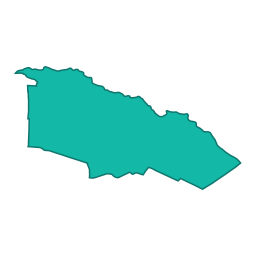 Fratautii Vechi, Suceava, Romania
{"feature_id": "2599482B91718162891517", "entity_name": "Fratautii Vechi", "entity_type": "district", "adm_level": 2, "iso_a3": "ROU", "parent_name": "Romania", "parent_adm1": "Suceava", "projection": "robinson", "projection_center": [25.9, 47.896], "detail": "fine", "context": "isolated", "style": "filled", "palette": "teal", "viewbox_px": 256, "rotation_deg": 0, "n_neighbors": 0, "source": "geoboundaries", "source_scale": "gbopen_adm2", "svg_char_len": 5568}
<svg xmlns="http://www.w3.org/2000/svg" viewBox="0 0 256 256"><path d="M202.5,189.2L212.5,183.1L215.6,180.9L218.0,179.3L221.8,176.7L226.2,173.7L229.6,171.3L235.9,166.9L240.6,163.0L238.8,160.9L237.2,159.3L234.5,157.5L230.1,155.2L225.7,152.2L222.4,149.4L220.1,147.9L217.3,145.3L214.9,139.6L214.1,138.6L211.8,135.3L210.7,133.4L210.2,132.7L209.6,132.3L208.7,132.0L207.9,131.8L207.0,131.9L205.3,131.8L204.4,131.7L203.9,131.6L203.4,131.3L202.7,130.6L201.9,129.7L200.8,128.9L200.5,128.6L200.0,128.3L199.3,127.9L198.2,127.4L197.6,127.1L196.6,126.4L196.4,125.8L196.3,125.0L196.3,124.3L196.2,123.3L196.0,122.8L195.6,122.3L194.4,121.8L193.4,121.6L192.4,121.4L191.0,121.2L190.1,121.0L189.3,120.5L188.7,120.0L188.1,119.1L187.9,118.4L187.7,117.5L188.1,116.7L188.3,115.8L188.1,115.0L187.8,114.4L187.3,113.9L186.4,113.8L185.5,114.0L184.6,114.3L183.4,114.3L182.3,114.1L181.4,114.0L179.9,113.7L178.7,113.4L178.0,112.9L177.2,112.5L176.5,112.1L175.6,112.0L174.7,112.1L173.1,112.2L172.3,112.1L171.6,112.0L170.2,111.8L168.8,111.3L168.1,111.0L167.3,110.7L166.7,110.8L166.3,111.2L166.4,111.7L166.6,112.3L166.9,113.2L166.7,113.8L166.2,114.5L165.3,115.2L164.2,115.5L163.7,115.9L163.0,116.4L162.5,116.6L161.7,116.6L160.7,116.7L159.5,116.5L158.9,116.2L158.5,115.8L158.0,115.5L157.5,115.1L157.0,114.6L156.6,114.4L156.1,114.1L155.7,113.5L155.0,113.3L154.9,112.7L154.7,112.5L154.4,112.0L154.2,111.5L153.1,110.3L152.3,109.9L151.7,109.3L151.2,108.5L151.1,108.1L151.0,107.4L150.7,106.8L150.2,106.2L149.4,105.9L148.4,105.7L147.7,105.4L147.5,105.0L147.2,104.5L146.5,103.6L145.3,102.7L144.9,102.1L143.5,100.3L143.0,99.6L142.4,98.8L141.1,98.1L140.0,97.1L139.4,96.7L138.7,96.4L138.0,96.5L136.8,97.1L135.7,97.4L134.6,97.5L133.8,97.7L133.1,97.7L132.4,97.8L131.7,97.8L131.0,97.7L130.3,97.5L130.0,97.3L130.0,96.9L129.9,96.4L129.6,96.1L129.2,95.9L128.3,95.8L127.8,95.8L126.6,96.1L125.4,96.3L124.9,96.3L124.6,96.3L124.3,96.1L123.6,95.4L122.8,94.4L122.2,94.0L121.1,93.4L119.9,92.8L119.2,92.5L118.5,92.4L117.9,92.5L117.3,92.5L116.9,92.5L115.9,92.8L115.3,92.8L114.6,92.7L114.1,92.7L113.4,92.6L112.4,92.2L111.1,91.8L110.3,91.7L109.7,91.6L109.4,91.3L109.0,91.1L107.9,90.3L107.0,90.1L106.2,90.0L105.8,90.0L105.4,90.0L104.9,89.8L104.6,89.4L104.4,88.6L103.6,87.5L102.6,86.5L101.9,86.3L101.0,86.1L100.3,86.0L98.3,85.6L97.2,85.3L96.4,85.0L95.4,84.6L94.2,84.1L92.2,83.0L92.1,82.3L92.1,81.6L91.9,80.4L91.7,78.7L91.5,78.1L91.3,77.7L91.0,77.6L90.3,77.6L89.4,77.5L88.5,77.5L87.9,77.4L87.3,77.2L86.3,76.7L85.9,76.3L85.2,76.0L84.8,75.7L84.2,75.4L83.9,74.9L83.5,74.3L83.6,73.8L83.7,73.4L83.6,73.1L83.6,72.9L83.5,72.7L83.3,72.5L82.8,72.2L82.3,71.9L81.6,71.7L81.1,71.6L80.3,71.4L79.8,71.2L79.2,71.1L78.9,70.8L78.6,70.4L78.3,70.0L77.9,69.7L77.4,69.5L76.6,69.4L75.9,69.4L75.4,69.5L75.0,69.8L74.6,70.1L73.7,70.3L73.2,70.2L72.3,69.6L71.9,69.2L71.6,68.9L71.5,68.7L71.1,68.4L70.7,68.3L69.8,68.2L69.0,68.5L68.4,68.9L67.7,69.2L67.0,69.5L66.1,69.6L62.9,70.0L60.5,70.5L59.1,70.9L58.0,71.0L57.1,71.0L56.6,70.8L55.9,70.6L55.6,70.5L55.2,70.4L54.8,70.2L54.4,70.1L53.8,69.9L53.4,69.8L53.0,69.7L52.4,69.6L52.0,69.4L51.2,69.0L49.8,68.3L48.9,67.9L48.0,67.6L47.0,67.3L46.4,67.1L45.9,66.8L45.6,66.8L45.3,66.8L44.8,67.0L44.4,67.1L44.2,67.3L43.9,67.6L43.6,68.5L43.1,69.3L42.9,69.5L42.7,69.7L42.5,69.9L41.9,70.0L41.1,70.0L40.8,70.1L40.2,70.1L39.8,70.1L39.1,70.0L37.1,69.6L36.2,69.3L35.6,69.2L35.0,69.1L34.5,69.2L33.0,69.5L32.7,69.6L32.4,69.5L32.0,69.4L31.6,69.2L31.1,68.9L30.2,68.3L29.9,68.0L29.5,67.8L29.1,67.7L28.6,67.7L27.6,67.8L26.9,68.0L26.2,68.2L24.7,68.7L24.0,69.1L23.0,69.7L22.8,69.9L22.5,69.9L22.2,70.0L21.4,70.1L20.3,70.3L18.9,70.6L18.2,70.8L17.5,71.1L16.9,71.6L16.7,71.9L16.4,72.2L15.9,72.6L15.6,73.0L15.4,73.3L15.9,73.3L16.2,73.3L16.7,73.2L16.9,73.1L17.2,73.0L17.4,73.1L17.7,73.2L18.0,73.3L18.3,73.3L18.8,73.2L19.1,73.2L19.3,73.2L19.6,73.1L20.0,73.0L20.3,73.0L20.7,73.0L21.0,73.2L21.3,73.2L21.7,73.3L22.0,73.3L22.5,73.4L22.9,73.5L23.1,73.6L23.3,74.0L23.6,74.2L23.8,74.2L24.1,74.2L24.3,74.3L24.8,74.4L25.2,74.7L25.5,75.0L25.6,75.3L25.8,75.5L25.9,75.8L26.2,76.1L27.2,77.0L27.4,77.2L28.3,77.6L29.7,78.0L31.1,78.6L32.0,78.9L32.8,79.0L33.4,79.2L34.5,79.5L35.3,79.9L35.5,80.1L35.8,80.6L36.2,81.0L36.7,81.3L37.1,81.6L37.4,82.0L37.5,82.2L37.6,82.6L37.4,82.6L37.1,82.8L36.9,83.2L36.6,84.3L36.4,84.8L36.3,86.2L35.6,86.0L34.5,85.9L29.4,85.6L27.6,85.5L27.7,87.0L27.7,88.4L27.8,90.7L27.9,91.9L28.2,91.9L28.3,94.8L28.4,98.0L28.6,99.3L28.6,102.3L28.6,107.4L28.6,111.2L27.9,118.8L29.2,118.8L29.0,130.0L28.5,142.6L28.5,143.7L28.7,143.8L28.1,146.6L31.2,146.8L34.7,147.1L38.1,147.4L39.8,147.5L40.0,147.5L40.6,147.7L41.9,148.4L42.7,149.0L43.0,149.3L43.2,149.5L43.5,149.7L44.2,150.1L44.9,150.3L45.6,150.4L46.8,150.5L49.0,150.6L49.6,150.8L52.0,151.6L52.7,151.8L57.8,153.5L61.9,154.8L66.3,156.3L74.6,159.0L77.5,159.9L85.1,162.4L87.2,163.0L87.6,163.2L87.4,163.4L87.2,163.6L89.5,169.4L89.5,171.4L89.6,174.0L89.6,175.7L89.4,177.7L90.6,177.9L92.1,178.0L93.5,178.0L95.0,177.6L102.4,175.2L105.8,174.1L107.0,173.7L107.8,173.7L108.4,173.8L109.0,174.0L109.4,174.0L109.9,173.9L111.7,174.3L112.3,174.6L112.8,175.2L113.5,176.0L114.2,176.5L115.0,177.0L115.9,177.3L117.4,177.7L118.7,177.5L122.9,175.4L127.0,173.5L129.6,172.3L130.3,172.5L130.9,173.0L131.5,173.6L131.8,173.9L132.7,174.2L133.1,174.2L134.2,173.6L135.3,173.0L135.6,172.8L135.9,172.8L136.7,172.9L137.8,173.0L138.1,173.1L138.9,173.5L140.3,174.0L141.4,174.4L142.1,174.5L143.1,174.8L143.5,174.3L145.7,170.9L148.6,167.4L150.3,167.9L151.5,168.3L153.0,169.0L154.0,169.6L155.5,170.4L163.0,173.9L168.2,176.3L178.1,180.9L180.6,178.5L190.6,183.3L197.8,186.8L202.5,189.2Z" fill="#14b8a6" stroke="#0f766e" stroke-width="1.5"/></svg>